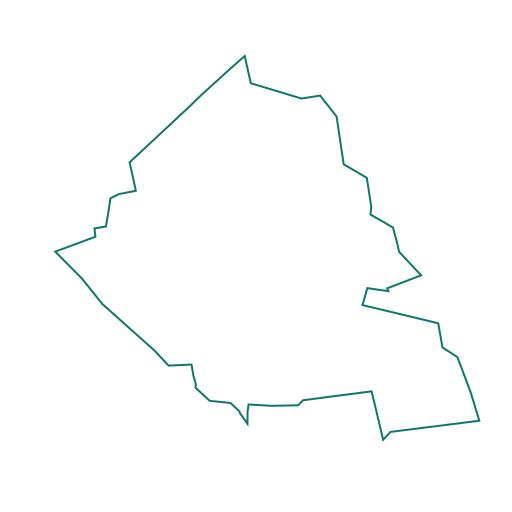 Bacoachi, Sonora, Mexico, rotated 352°
{"feature_id": "50627088B75325241726105", "entity_name": "Bacoachi", "entity_type": "district", "adm_level": 2, "iso_a3": "MEX", "parent_name": "Mexico", "parent_adm1": "Sonora", "projection": "orthographic", "projection_center": [-109.957, 30.68], "detail": "fine", "context": "isolated", "style": "outline", "palette": "teal", "viewbox_px": 512, "rotation_deg": 352, "n_neighbors": 0, "source": "geoboundaries", "source_scale": "gbopen_adm2", "svg_char_len": 1174}
<svg xmlns="http://www.w3.org/2000/svg" viewBox="0 0 512 512"><g transform="rotate(352 256 256)"><path d="M441.4,384.2L427.9,372.5L427.9,371.1L427.5,360.2L427.1,348.0L365.5,323.7L354.6,319.4L356.4,315.4L358.5,310.7L359.8,307.7L361.8,303.3L373.4,306.7L382.2,309.2L381.5,306.2L399.2,302.2L416.8,298.1L416.6,297.8L398.3,271.8L397.4,261.0L395.6,246.8L394.1,245.7L385.3,238.8L375.2,230.9L377.0,223.0L376.9,215.0L376.6,194.0L355.6,177.4L355.2,129.1L341.9,106.1L322.9,106.4L274.9,84.2L272.7,56.4L266.8,60.2L250.9,70.8L225.1,88.4L210.1,99.3L200.5,106.0L146.1,144.1L143.9,145.6L146.1,174.7L129.0,175.6L119.9,178.6L115.8,192.3L111.5,205.9L99.9,206.2L99.6,214.6L57.8,223.7L65.7,234.3L80.6,254.3L97.2,282.2L124.9,315.0L134.5,326.3L142.5,335.7L144.5,338.6L154.2,352.4L177.0,354.5L177.4,366.2L178.6,374.5L177.8,378.0L186.5,388.7L190.0,393.0L210.3,398.0L218.0,407.6L218.0,408.9L224.2,421.0L226.0,408.8L228.0,402.0L236.8,403.8L249.5,406.3L249.8,406.4L276.8,409.7L282.6,405.4L314.7,405.7L338.3,406.0L342.6,406.0L351.6,406.1L353.1,421.0L353.6,426.5L356.3,455.6L364.7,448.9L454.2,450.2L450.9,429.0L450.1,424.0L449.6,420.9L441.4,384.2Z" fill="none" stroke="#0f766e" stroke-width="2"/></g></svg>